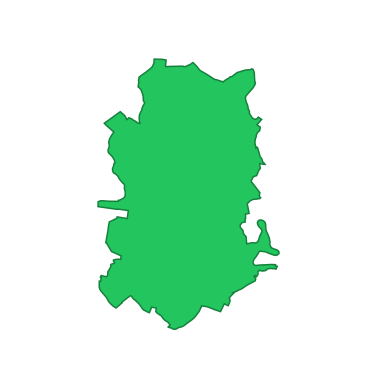 Sanpaul, Mures, Romania (Albers equal-area conic projection), rotated 204°
{"feature_id": "2599482B86509202377836", "entity_name": "Sanpaul", "entity_type": "district", "adm_level": 2, "iso_a3": "ROU", "parent_name": "Romania", "parent_adm1": "Mures", "projection": "albers", "projection_center": [24.364, 46.447], "detail": "fine", "context": "isolated", "style": "filled", "palette": "green", "viewbox_px": 384, "rotation_deg": 204, "n_neighbors": 0, "source": "geoboundaries", "source_scale": "gbopen_adm2", "svg_char_len": 5994}
<svg xmlns="http://www.w3.org/2000/svg" viewBox="0 0 384 384"><g transform="rotate(204 192 192)"><path d="M280.7,298.0L279.5,295.4L279.2,293.8L279.2,290.6L279.4,289.8L280.0,288.3L282.9,282.7L285.9,277.6L286.8,275.9L287.1,275.0L286.6,274.1L286.3,272.3L286.1,271.9L285.5,271.2L285.2,270.4L284.6,268.1L284.1,267.1L284.0,266.7L284.1,266.2L280.7,265.1L278.2,262.7L276.0,260.1L274.8,258.3L274.5,257.3L273.6,255.9L273.6,255.6L271.8,254.5L271.6,254.1L271.5,252.7L271.8,251.1L271.8,250.0L271.7,248.1L271.2,246.4L271.2,245.8L271.4,244.2L271.4,241.5L270.7,238.9L270.3,238.0L269.0,235.5L268.6,234.8L267.4,233.6L268.9,233.0L273.0,233.7L274.1,233.7L277.2,234.3L279.9,234.1L280.1,233.8L280.7,232.1L281.0,231.6L284.4,234.4L290.2,236.2L300.1,219.1L297.4,218.0L287.8,215.0L288.4,212.2L288.9,207.2L288.5,204.5L288.2,203.2L287.1,201.9L286.4,200.4L286.0,199.3L285.9,196.7L285.8,196.1L284.9,194.7L284.3,193.9L279.2,191.9L275.9,189.6L274.2,187.4L274.6,186.8L274.8,186.0L274.7,185.5L274.2,183.8L274.2,181.7L274.0,180.7L273.6,179.9L272.9,178.8L271.7,177.8L270.8,177.3L270.0,177.6L267.3,176.8L265.8,176.1L264.0,174.6L262.0,173.4L258.6,171.9L258.4,171.8L257.9,172.0L256.5,170.9L256.3,170.6L255.1,167.4L253.7,165.9L253.0,164.9L251.6,161.6L251.5,160.4L251.8,159.2L252.4,157.9L253.8,156.5L254.3,155.7L255.2,154.8L255.9,154.4L255.5,153.5L263.6,150.0L270.7,147.4L272.0,146.7L273.8,145.0L271.9,140.4L254.0,145.5L251.3,146.7L242.6,149.1L240.4,141.4L250.3,138.8L249.9,137.5L255.4,131.0L254.2,126.1L253.3,123.3L250.2,110.9L249.7,110.4L249.3,110.6L245.6,107.9L241.4,104.9L230.6,104.8L230.7,104.3L229.7,101.5L232.1,100.6L234.2,99.4L236.1,97.9L235.7,97.2L235.6,96.8L235.0,96.7L234.6,96.5L234.3,95.9L234.1,95.5L233.9,95.3L235.1,94.3L236.6,93.0L236.6,92.6L236.4,91.9L235.8,91.0L235.8,89.8L236.1,87.7L236.1,86.5L236.5,85.5L236.4,85.0L235.2,81.6L235.2,81.0L235.7,79.9L236.1,79.7L241.1,78.7L241.0,76.9L240.5,77.0L240.1,77.0L239.8,75.9L239.3,73.5L239.3,73.0L240.4,72.9L239.9,71.5L237.9,67.1L236.8,65.8L234.8,64.4L228.0,61.2L226.4,60.2L223.9,58.2L221.5,57.0L218.2,55.8L215.9,55.3L214.2,55.2L210.7,62.5L211.0,63.3L206.2,72.1L205.0,72.2L203.6,71.3L201.5,70.3L200.0,70.1L195.0,68.3L193.2,67.2L191.9,66.5L189.9,65.2L188.5,64.6L183.8,64.3L181.8,64.4L182.0,70.5L181.5,70.5L177.4,71.4L176.5,68.1L174.8,67.2L170.8,66.5L169.7,66.4L166.4,64.4L164.6,63.8L160.9,63.2L158.9,62.1L157.9,61.7L158.9,58.9L158.7,58.8L157.8,58.9L156.1,59.3L153.9,59.1L152.1,59.4L151.2,60.0L150.5,60.7L148.7,63.1L146.8,64.4L145.1,66.4L144.4,67.5L143.6,69.2L140.0,75.4L138.5,78.8L137.5,83.2L137.0,85.1L136.8,86.9L136.9,88.4L136.7,90.1L137.0,91.8L132.2,93.2L129.6,93.5L123.6,93.7L117.3,94.3L117.0,103.0L112.7,102.8L112.7,105.8L112.9,107.3L113.1,108.3L113.9,109.5L115.0,110.4L112.8,116.6L113.7,116.6L110.3,120.0L110.1,120.8L107.9,123.0L106.9,124.2L104.5,128.3L102.5,131.0L98.2,136.4L98.3,138.1L98.4,138.3L99.0,139.0L101.0,140.1L100.5,141.3L100.3,141.4L98.7,140.7L98.5,141.2L98.4,141.6L98.5,142.4L98.3,142.8L98.2,143.6L99.3,146.0L99.1,146.4L98.8,146.7L98.7,147.2L98.7,147.9L95.7,148.3L95.5,148.6L94.4,149.0L94.2,149.4L93.3,149.7L93.0,150.1L92.7,150.6L92.2,151.0L92.1,151.7L92.1,152.1L91.6,152.8L90.9,152.9L89.6,154.0L89.1,154.2L88.7,154.2L88.3,154.3L88.0,154.5L86.7,154.8L86.4,155.4L83.9,155.7L83.9,158.8L84.4,158.7L84.8,158.3L85.6,158.3L86.1,159.6L90.2,158.0L96.2,154.9L100.1,153.0L103.4,151.1L104.5,150.7L105.2,150.7L105.9,150.9L107.1,151.8L107.6,152.4L107.8,153.2L108.0,154.1L108.0,154.9L107.8,156.4L107.1,159.2L106.4,163.9L106.3,164.9L106.2,165.3L105.8,165.6L103.4,166.4L100.4,167.2L96.5,167.3L91.2,167.7L90.3,167.9L89.7,168.2L88.4,169.3L87.6,170.5L87.6,171.0L87.7,171.6L88.1,172.5L88.5,173.0L90.0,173.5L91.1,173.7L94.3,173.3L96.5,173.4L97.2,173.6L98.0,174.2L98.8,174.9L99.8,176.1L100.6,178.4L102.5,181.2L105.2,183.9L108.0,186.4L108.9,187.4L110.1,189.4L111.7,192.6L112.8,193.8L113.7,194.4L115.3,194.7L117.2,194.6L118.7,194.0L119.4,193.2L119.8,192.3L119.9,191.5L119.8,190.7L119.2,189.6L118.5,188.8L117.7,188.1L116.8,187.6L112.9,185.8L112.6,185.4L112.0,184.2L112.0,183.3L112.2,179.8L111.6,174.5L111.6,173.8L112.0,172.7L112.8,171.7L114.7,170.6L116.4,170.2L120.9,166.9L124.5,173.3L126.2,173.9L127.2,174.4L128.0,175.0L128.9,176.0L129.5,177.3L130.2,177.8L133.5,179.3L134.0,180.0L134.6,181.7L134.3,182.1L134.1,183.7L132.8,185.3L131.2,186.0L132.6,189.4L132.3,189.6L134.1,193.6L131.1,195.7L136.2,202.9L136.7,203.9L135.2,207.8L133.6,209.6L132.7,210.4L129.6,212.1L129.5,212.4L127.9,213.2L127.5,213.5L126.9,214.4L126.9,214.7L128.1,215.1L128.9,215.9L129.3,216.9L129.7,219.0L142.4,225.8L142.3,230.7L141.8,231.0L141.1,232.1L140.0,232.8L139.7,233.2L139.6,234.5L139.8,238.7L139.4,240.0L139.2,241.5L140.7,243.5L141.4,245.0L141.5,245.6L138.2,246.3L136.5,246.9L137.4,247.5L139.2,248.2L140.1,248.7L141.1,250.1L141.9,250.8L144.3,252.2L144.9,252.8L145.4,253.6L150.4,259.4L150.8,259.4L150.8,258.7L151.5,258.1L151.8,258.8L152.8,260.0L154.5,262.5L155.2,264.2L155.4,265.5L155.8,266.8L155.8,268.5L155.9,269.1L156.5,270.1L156.3,273.1L155.1,275.5L155.8,278.6L156.3,279.2L158.1,279.4L160.0,279.8L159.8,280.8L159.5,281.3L159.0,282.8L157.9,286.7L160.2,286.9L160.5,287.2L161.8,287.4L162.1,286.8L162.2,285.7L164.0,283.9L164.3,283.8L165.4,284.1L166.9,284.0L168.0,284.9L169.2,285.7L170.7,286.5L171.3,287.2L171.6,287.2L171.9,287.8L172.0,288.6L173.0,289.6L174.4,290.7L175.4,292.4L176.6,294.0L179.1,296.3L180.5,298.1L181.4,299.5L181.6,299.8L181.7,301.5L181.1,303.9L179.2,310.1L178.6,311.9L178.2,314.7L178.2,316.0L178.7,317.9L179.1,317.9L179.8,318.9L182.5,324.0L183.2,325.6L184.3,327.2L186.0,328.8L186.9,328.8L187.7,328.7L188.5,327.4L189.0,327.0L190.5,326.5L192.1,325.4L192.9,325.1L196.0,322.4L195.9,322.3L197.0,321.4L198.8,320.1L199.8,318.7L202.4,313.9L202.8,313.4L204.1,312.5L205.0,310.6L207.3,307.4L208.3,305.2L208.6,305.4L210.4,305.0L214.6,304.6L217.4,304.1L225.5,305.4L233.8,306.3L235.6,307.0L238.4,308.6L243.8,310.7L245.3,308.1L248.6,304.4L249.7,303.5L250.4,303.2L251.5,303.3L265.2,296.8L265.9,296.2L267.3,296.0L269.3,302.0L272.9,301.2L280.7,298.0Z" fill="#22c55e" stroke="#15803d" stroke-width="1.5"/></g></svg>